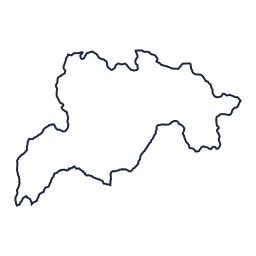 Lunana, Gasa, Bhutan (orthographic projection)
{"feature_id": "84629894B27866882347456", "entity_name": "Lunana", "entity_type": "district", "adm_level": 2, "iso_a3": "BTN", "parent_name": "Bhutan", "parent_adm1": "Gasa", "projection": "orthographic", "projection_center": [90.007, 27.974], "detail": "fine", "context": "isolated", "style": "outline", "palette": "slate", "viewbox_px": 256, "rotation_deg": 0, "n_neighbors": 0, "source": "geoboundaries", "source_scale": "gbopen_adm2", "svg_char_len": 5754}
<svg xmlns="http://www.w3.org/2000/svg" viewBox="0 0 256 256"><path d="M17.0,205.6L17.7,205.1L19.1,204.8L19.6,204.5L20.7,202.0L21.2,201.8L21.3,201.4L22.2,200.1L23.0,198.0L25.5,196.7L26.2,196.0L26.5,196.2L27.5,197.8L29.6,198.7L30.5,199.9L30.9,201.2L31.6,202.3L31.7,204.1L33.1,202.6L34.0,202.4L35.2,201.6L36.2,201.3L36.7,200.9L36.6,200.4L37.2,199.8L37.6,198.4L38.6,196.8L38.8,195.1L39.5,194.1L39.8,193.8L40.5,193.6L42.1,192.4L43.6,192.0L43.9,191.3L44.1,189.8L45.1,188.2L46.1,187.3L48.2,186.9L49.1,185.8L49.9,183.2L50.8,182.1L51.2,180.0L51.9,178.9L52.1,178.1L53.4,176.6L53.8,175.7L53.9,174.2L54.7,173.5L56.2,173.1L57.4,172.4L57.8,172.1L57.9,171.6L60.1,170.6L60.7,170.0L61.5,170.2L63.9,169.6L64.4,169.8L65.3,169.9L65.9,170.3L67.8,170.3L68.5,169.9L68.7,168.9L69.0,168.5L69.7,168.9L70.0,168.8L71.2,168.0L72.4,167.8L73.8,166.5L74.1,166.4L74.4,166.4L76.1,168.6L76.6,168.8L77.9,168.3L79.3,168.8L79.5,168.7L79.8,169.2L81.5,170.4L82.7,171.0L82.8,171.3L82.7,171.5L84.8,173.1L85.0,174.3L85.6,174.5L86.8,175.5L88.7,175.2L89.5,175.6L91.1,175.8L91.7,176.0L92.4,176.8L93.7,177.5L94.9,177.8L96.4,178.7L97.8,178.9L98.7,179.4L99.3,179.4L101.9,180.7L102.7,181.2L103.2,182.3L103.5,183.5L103.8,183.7L105.2,183.7L106.9,184.4L109.0,184.4L110.3,185.1L110.3,184.3L110.5,183.1L110.3,181.3L110.9,180.0L111.0,178.9L110.8,178.1L110.8,176.0L110.4,174.7L111.3,172.2L111.8,171.6L113.1,171.0L113.8,171.3L115.8,171.2L117.3,170.5L118.4,170.5L120.0,169.5L121.7,169.7L122.6,169.0L123.0,169.4L123.7,169.5L125.0,169.2L125.6,169.3L126.4,169.9L126.9,169.9L127.3,170.2L128.0,170.4L129.1,171.3L130.8,171.3L132.7,169.4L133.1,168.5L134.8,167.7L135.9,166.2L136.5,165.9L136.7,165.4L137.9,164.3L138.0,163.3L138.4,162.8L138.3,162.1L138.8,160.6L139.9,159.6L140.5,156.1L141.0,155.1L141.9,154.1L141.9,153.7L142.4,153.1L143.3,152.3L143.4,151.7L143.7,151.4L144.5,151.1L145.1,150.2L145.5,149.1L147.0,147.4L147.5,146.0L148.7,144.7L149.2,143.4L151.0,141.9L151.2,140.2L152.8,138.7L154.4,135.0L155.6,133.8L155.8,132.6L155.7,131.5L156.1,130.4L156.7,129.5L156.8,128.8L156.4,128.0L156.7,126.7L157.2,125.9L158.1,125.1L159.6,125.1L160.6,124.7L163.4,124.4L164.2,124.6L168.0,124.6L169.1,124.3L170.5,123.6L171.3,122.4L173.2,121.6L173.8,121.0L176.1,121.0L177.3,121.4L178.0,122.0L178.9,124.0L181.4,124.9L183.7,127.2L184.2,128.2L184.3,129.0L184.1,130.2L183.5,131.9L183.1,132.4L182.7,134.0L183.4,134.6L184.0,135.6L184.3,137.4L186.4,142.2L188.2,144.0L188.7,144.7L189.1,145.9L189.4,147.7L189.7,148.1L192.2,148.4L192.7,148.6L194.3,149.6L195.3,151.1L195.9,151.5L196.4,151.5L198.8,151.1L200.3,148.9L202.0,146.8L203.3,146.4L207.8,147.6L209.7,149.0L210.3,149.2L211.3,148.9L212.2,147.4L212.5,147.1L213.5,146.8L214.6,146.8L215.1,147.0L215.5,147.3L216.1,148.3L216.5,148.7L217.5,148.8L218.4,148.2L219.7,146.5L220.1,145.5L220.3,144.3L220.1,143.3L219.2,141.1L218.7,139.3L218.9,138.6L219.5,137.2L219.4,135.6L219.0,134.4L217.5,132.0L217.0,130.8L217.0,130.1L217.3,129.7L218.7,128.0L218.6,127.3L218.4,126.8L217.4,126.1L217.0,125.6L216.4,122.6L216.3,119.3L216.5,117.3L216.8,116.7L218.5,116.1L219.5,114.8L220.0,114.4L220.5,114.3L222.9,114.1L224.2,114.2L227.0,114.6L228.7,115.0L229.3,115.0L230.4,114.5L231.3,113.4L232.4,110.3L233.2,109.0L233.9,108.3L235.0,107.7L236.6,107.4L237.5,106.9L239.7,102.1L240.6,100.6L239.4,99.5L237.9,97.4L237.2,97.2L235.5,97.2L230.1,94.9L226.6,95.5L225.0,94.2L223.5,93.7L222.7,93.8L221.7,96.0L220.3,96.7L217.0,97.3L215.3,96.7L214.1,95.7L212.8,93.4L212.5,91.4L212.6,90.0L210.8,86.1L210.8,84.7L208.6,83.0L207.8,81.5L205.7,81.1L204.5,78.7L202.5,75.9L200.6,74.7L195.2,74.3L193.6,73.4L192.4,71.7L191.9,69.8L191.2,68.9L190.5,64.1L190.2,63.6L188.5,63.4L185.5,63.6L184.5,63.5L182.5,63.8L178.4,68.8L172.5,68.6L167.0,66.4L161.3,64.9L159.5,63.0L156.7,61.9L156.4,61.3L156.5,60.8L157.3,60.0L157.4,58.8L157.2,57.9L155.7,56.5L155.2,55.4L153.8,54.8L151.1,54.2L149.0,52.1L146.2,51.7L144.1,51.8L141.8,50.4L135.6,50.6L135.6,51.1L137.7,56.1L137.6,56.8L136.9,57.7L135.5,60.4L135.3,61.3L135.5,63.0L136.2,64.2L137.4,65.0L137.8,69.1L136.8,70.0L133.6,70.5L130.5,69.5L130.1,68.9L128.6,67.5L127.0,65.3L125.9,64.2L125.1,63.6L122.4,64.3L120.5,64.2L118.5,63.5L117.6,63.8L115.8,65.2L114.6,68.2L111.9,70.0L110.0,69.0L108.3,67.6L107.4,66.3L106.7,61.7L105.3,60.7L103.6,59.3L102.7,59.4L101.1,58.9L98.9,57.8L96.6,54.1L92.1,51.5L88.6,52.7L87.1,53.0L85.2,55.7L84.0,58.1L82.8,58.9L82.3,59.0L81.7,59.0L80.9,58.1L80.3,56.1L80.6,54.7L81.3,54.1L82.2,53.5L82.6,52.7L82.5,52.4L82.1,52.1L78.7,53.1L74.4,53.2L73.5,53.5L72.7,54.4L71.3,55.3L68.0,54.6L67.9,55.6L67.6,56.2L66.1,58.3L65.7,60.6L63.6,66.6L63.5,67.7L63.9,68.9L65.3,70.6L64.9,73.1L64.5,73.5L62.5,74.6L61.2,75.6L58.5,77.2L57.8,78.2L57.6,78.9L57.4,81.2L57.5,82.0L56.3,84.5L55.9,85.7L55.9,86.5L56.9,87.9L57.1,88.9L56.6,92.9L56.7,96.1L60.1,102.5L62.8,104.1L63.4,105.2L63.1,105.8L61.7,107.1L61.7,107.9L62.7,109.5L63.7,110.4L64.5,110.6L65.2,111.4L66.6,111.7L67.0,112.8L67.6,115.9L68.2,117.8L67.5,120.6L67.6,122.4L68.4,124.4L67.8,127.7L65.8,130.7L64.8,131.3L63.3,131.5L62.3,131.2L59.3,129.6L57.9,129.9L57.2,129.4L55.5,127.7L55.1,126.4L54.1,124.5L52.1,124.4L51.4,124.8L50.5,124.9L49.7,125.3L48.9,125.2L48.5,125.8L44.7,128.2L43.1,130.2L42.8,131.5L42.2,132.4L40.6,134.0L38.2,135.2L38.0,135.6L35.7,137.2L34.6,137.5L32.7,139.1L31.1,139.2L29.6,138.8L28.6,139.3L28.3,141.1L27.7,141.7L27.5,144.9L27.3,145.7L26.8,146.5L26.8,147.6L27.0,150.1L25.9,151.0L25.0,152.4L23.0,154.2L22.3,154.4L20.9,155.5L19.9,156.7L18.5,158.1L18.0,159.3L17.4,159.9L17.0,161.2L17.5,163.0L17.2,165.7L17.2,168.8L17.0,169.3L17.0,170.1L17.5,171.8L17.5,172.6L17.8,173.3L18.0,174.9L18.9,176.6L19.4,179.7L19.4,181.5L19.2,182.3L19.5,182.9L19.6,183.7L19.0,185.3L19.0,185.9L18.4,186.8L18.2,188.1L17.0,189.8L16.9,191.1L17.4,191.9L17.4,193.3L16.6,195.5L15.5,197.4L15.4,199.9L16.0,202.3L15.9,203.4L17.0,205.6Z" fill="none" stroke="#1e293b" stroke-width="2"/></svg>